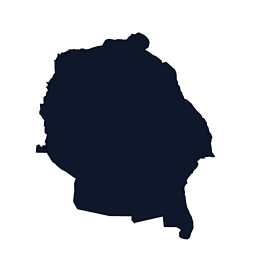 outline of San Juan Tabaá, Oaxaca, Mexico, rotated 103°
{"feature_id": "50627088B48503971747263", "entity_name": "San Juan Tabaá", "entity_type": "district", "adm_level": 2, "iso_a3": "MEX", "parent_name": "Mexico", "parent_adm1": "Oaxaca", "projection": "robinson", "projection_center": [-96.222, 17.319], "detail": "fine", "context": "isolated", "style": "filled", "palette": "ink", "viewbox_px": 256, "rotation_deg": 103, "n_neighbors": 0, "source": "geoboundaries", "source_scale": "gbopen_adm2", "svg_char_len": 3455}
<svg xmlns="http://www.w3.org/2000/svg" viewBox="0 0 256 256"><g transform="rotate(103 128 128)"><path d="M222.4,45.3L220.4,43.7L216.0,43.6L215.2,43.2L212.0,42.7L210.6,42.4L206.5,43.6L205.1,43.9L203.0,45.3L202.2,45.6L201.1,46.1L199.2,47.7L198.3,48.8L195.8,50.3L192.8,52.8L188.8,54.8L186.1,55.9L182.2,57.2L181.3,57.7L181.0,58.0L180.5,58.4L180.0,58.7L178.1,58.6L177.5,59.0L177.6,59.3L175.8,59.7L176.1,60.2L175.3,60.1L175.6,60.8L174.8,60.6L175.0,61.1L173.3,60.5L173.4,61.0L172.4,60.2L170.6,60.0L168.3,58.5L167.0,59.2L166.6,59.5L165.3,59.7L164.4,59.3L163.1,59.0L160.6,57.7L158.2,56.8L157.1,55.4L155.1,55.3L153.2,54.3L151.9,53.3L151.0,52.8L148.4,52.0L147.2,52.1L145.0,54.0L143.9,53.1L143.9,53.7L142.1,51.8L140.9,51.5L140.1,48.0L140.0,48.3L139.5,47.9L138.7,47.0L137.6,44.9L137.6,43.9L137.2,43.3L136.8,42.4L136.7,38.6L136.1,37.7L134.7,39.5L134.1,40.1L133.5,40.9L133.4,41.2L127.4,43.2L124.7,44.6L122.3,44.4L119.5,44.8L118.5,44.3L115.6,46.2L113.5,48.7L110.1,50.1L107.7,52.4L105.6,52.9L105.1,53.5L103.9,54.7L102.9,55.4L101.9,57.0L101.9,58.1L101.8,58.3L100.0,59.4L99.0,60.6L98.0,62.2L96.2,65.2L94.7,67.1L94.0,68.3L93.0,69.2L90.7,71.7L90.3,72.4L88.0,76.7L87.5,80.0L86.5,80.7L85.3,81.4L83.5,83.0L82.1,83.6L81.0,84.7L80.4,85.7L80.2,85.8L78.7,86.3L76.8,87.1L76.5,87.3L75.3,88.5L74.9,90.3L73.7,90.0L72.3,90.2L69.9,92.2L66.5,93.0L65.8,93.1L62.9,94.4L60.6,96.3L60.0,98.0L58.6,100.0L58.3,101.2L57.1,103.0L56.2,104.8L55.8,106.2L56.8,107.5L57.2,108.4L57.9,109.8L58.0,110.0L56.9,110.2L55.5,110.7L54.1,113.4L53.7,114.2L52.9,116.3L52.4,117.1L52.2,117.9L52.1,118.9L52.0,120.2L51.2,121.6L48.9,127.6L49.2,128.2L49.2,129.9L49.2,130.1L45.8,128.5L45.2,127.2L43.7,126.8L40.1,126.9L37.9,128.0L35.7,130.8L34.5,133.1L33.2,138.6L33.6,139.8L35.3,141.2L36.0,142.3L36.0,143.5L36.0,145.2L37.8,145.7L40.1,147.7L42.3,148.3L43.1,150.1L43.4,151.2L43.7,152.4L43.8,154.8L44.2,156.3L44.3,157.7L45.0,158.8L45.6,159.9L45.8,161.0L45.9,163.2L46.0,166.2L46.5,167.4L47.8,169.3L54.0,171.3L55.5,175.2L58.3,180.4L60.7,183.9L61.8,187.3L61.3,189.0L61.8,191.3L63.2,192.7L63.2,194.0L64.0,195.9L63.8,197.7L64.7,199.9L65.4,202.8L66.2,203.0L67.0,202.9L67.2,204.6L68.5,205.4L69.0,206.4L70.2,205.3L69.7,208.6L70.2,209.4L72.6,209.7L72.6,210.7L71.7,212.1L72.1,212.6L73.8,212.1L77.7,213.1L78.8,213.5L78.9,214.3L81.7,213.2L85.1,212.6L90.4,210.9L93.1,211.7L93.1,212.0L97.2,212.6L97.4,213.6L101.9,214.9L102.1,216.6L103.6,214.8L106.1,215.4L106.5,216.2L108.2,214.1L109.0,213.7L112.2,214.9L115.4,214.5L116.2,215.8L117.6,216.4L119.8,216.0L122.7,214.8L124.3,215.9L124.7,218.3L125.4,218.2L129.3,216.9L130.2,216.7L131.3,217.4L133.8,217.0L135.1,214.5L137.0,213.4L138.2,211.4L139.0,210.6L140.3,210.4L141.3,210.4L143.5,209.8L144.4,209.9L146.0,208.0L146.3,208.0L147.1,208.4L150.7,207.6L151.2,207.1L151.8,205.5L152.6,204.5L154.2,204.9L155.7,204.8L160.0,205.3L160.8,204.5L161.3,203.6L161.7,203.9L162.6,204.0L163.2,203.9L164.3,203.1L164.9,202.9L165.6,203.5L166.1,203.1L166.4,204.5L164.5,204.8L164.3,205.5L164.8,206.8L166.6,205.7L166.5,208.8L164.8,211.0L166.1,212.5L171.9,211.7L169.4,200.1L170.6,200.4L175.8,195.4L177.6,193.5L178.7,190.5L178.9,190.1L179.5,189.5L180.4,188.0L182.0,184.7L182.8,183.0L183.5,179.6L187.1,170.9L188.6,166.6L193.7,167.4L196.8,166.6L202.2,165.2L204.0,165.2L211.9,164.2L217.8,158.8L217.2,126.2L212.3,104.0L216.6,103.3L218.6,100.4L218.2,100.3L205.4,73.8L215.6,70.3L212.9,58.4L214.9,52.4L218.4,53.9L221.8,53.1L222.7,51.5L222.7,50.2L222.8,47.7L222.4,45.3Z" fill="#0f172a" stroke="#020617" stroke-width="1.5"/></g></svg>